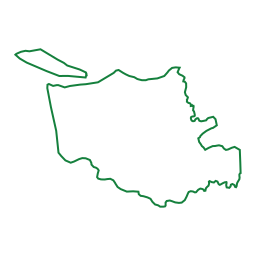 the district of Burutu, Delta, Nigeria
{"feature_id": "59680162B9558481059390", "entity_name": "Burutu", "entity_type": "district", "adm_level": 2, "iso_a3": "NGA", "parent_name": "Nigeria", "parent_adm1": "Delta", "projection": "orthographic", "projection_center": [5.655, 5.239], "detail": "fine", "context": "isolated", "style": "outline", "palette": "green", "viewbox_px": 256, "rotation_deg": 0, "n_neighbors": 0, "source": "geoboundaries", "source_scale": "gbopen_adm2", "svg_char_len": 3284}
<svg xmlns="http://www.w3.org/2000/svg" viewBox="0 0 256 256"><path d="M240.6,172.9L240.3,162.8L239.8,149.9L234.6,146.9L231.7,147.8L228.0,149.5L225.9,149.9L223.9,148.5L222.3,146.2L219.0,145.3L217.1,145.6L215.1,146.0L212.7,146.1L208.6,147.9L205.2,149.8L203.5,147.4L201.9,146.1L200.6,143.9L199.2,142.0L198.3,138.3L199.8,137.3L200.0,137.1L200.5,135.8L201.4,135.0L202.6,133.7L206.4,130.9L211.4,128.3L213.0,127.9L216.8,125.3L215.5,119.2L213.2,116.8L208.3,118.0L207.1,119.0L206.2,120.3L203.0,121.0L201.1,121.3L200.5,121.1L199.4,120.8L198.8,119.7L198.3,118.5L197.8,118.2L196.9,118.3L196.3,118.7L195.3,119.5L194.7,120.8L194.0,121.1L192.9,121.2L192.0,120.8L191.6,120.4L191.3,119.9L190.9,118.6L190.9,117.7L191.2,117.0L192.3,116.5L193.6,116.4L194.5,116.1L194.8,115.4L194.7,114.3L194.0,111.4L193.1,110.4L193.3,108.5L193.6,106.9L193.5,106.7L193.6,106.1L193.5,105.8L193.2,105.8L192.2,106.0L192.0,105.8L192.0,105.5L191.9,105.1L191.6,105.2L191.3,105.9L190.8,106.0L190.8,104.9L190.5,103.9L189.8,103.2L188.4,102.9L186.9,101.7L187.0,100.8L186.9,99.7L187.4,99.0L187.9,97.3L185.7,95.0L184.9,92.2L186.2,87.2L186.1,83.4L184.8,81.7L183.3,81.4L183.6,80.0L184.5,78.2L184.5,77.3L182.5,75.7L180.9,75.0L179.2,74.2L177.6,72.2L179.0,68.9L179.6,67.7L177.1,67.5L176.3,67.4L175.4,67.4L172.1,67.9L168.9,70.5L167.4,72.5L164.3,76.0L157.4,78.4L148.4,79.3L145.8,80.2L141.9,80.2L139.1,79.5L137.3,79.0L134.3,77.2L129.3,76.0L125.9,74.4L123.0,72.8L118.6,70.0L116.0,70.6L113.7,72.9L98.0,82.3L85.8,84.2L80.3,84.6L69.9,86.0L64.7,87.4L58.2,85.1L56.9,85.1L53.1,85.9L48.9,84.0L47.5,84.7L47.3,88.1L50.9,107.0L56.2,130.8L58.5,152.7L61.2,156.0L65.4,160.4L70.7,162.7L73.9,161.6L79.1,159.1L82.3,158.1L85.7,158.3L89.9,160.0L91.3,162.8L91.5,164.6L93.7,167.0L96.0,167.7L97.6,168.8L98.7,170.4L97.8,173.4L97.1,177.1L98.2,178.6L101.0,179.4L104.7,179.5L107.1,179.1L110.3,178.8L113.3,180.3L115.1,182.9L115.3,183.4L117.6,187.0L120.7,189.1L124.6,190.7L126.8,191.6L133.1,191.3L138.4,191.7L138.8,194.2L140.6,195.8L143.4,196.2L147.5,197.4L150.5,198.8L152.4,201.8L155.1,204.5L156.7,204.9L158.3,205.4L160.2,206.7L163.2,206.7L165.0,206.4L165.6,205.6L165.6,204.3L165.6,202.5L165.7,202.4L166.7,201.0L169.8,200.5L172.0,201.2L175.2,202.4L178.9,202.9L181.7,202.6L184.8,200.1L186.6,196.6L188.0,193.3L188.7,192.0L190.7,191.2L193.0,191.5L194.9,192.4L196.1,192.2L197.1,191.0L198.3,189.7L200.3,188.6L202.0,188.9L203.5,189.6L204.2,190.9L205.4,190.7L205.9,188.3L207.2,186.8L208.5,185.7L209.1,183.6L208.9,181.6L209.6,181.1L211.7,182.1L213.9,182.5L214.5,181.9L215.7,180.9L217.3,181.5L217.5,181.6L217.9,182.5L218.6,184.0L219.6,184.8L220.0,184.7L220.4,184.6L221.4,184.0L223.2,183.0L224.8,182.3L226.4,182.1L226.6,182.9L226.2,185.0L226.4,186.3L226.7,187.4L229.3,187.8L230.5,186.5L230.9,184.7L232.4,184.0L234.1,184.9L234.4,185.1L234.6,185.6L235.0,186.8L236.0,187.2L236.6,186.2L236.8,184.8L236.8,184.5L237.3,182.7L238.3,181.0L239.4,179.2L239.6,177.2L239.4,176.1L239.4,174.4L240.4,172.9L240.6,172.9ZM85.6,77.5L86.1,75.7L86.4,75.4L86.4,75.2L86.5,75.2L86.4,74.9L86.5,74.9L86.5,74.2L86.4,74.0L86.4,73.7L86.2,73.5L86.1,72.9L85.9,72.8L85.8,72.4L85.6,72.3L79.7,69.5L67.2,65.5L63.9,62.9L57.6,59.6L40.5,49.3L29.4,51.3L25.5,50.8L21.0,51.8L17.1,53.5L15.9,54.2L15.4,54.7L19.7,58.5L26.7,62.6L46.6,71.1L59.3,76.0L67.8,75.9L85.6,77.5Z" fill="none" stroke="#15803d" stroke-width="2"/></svg>